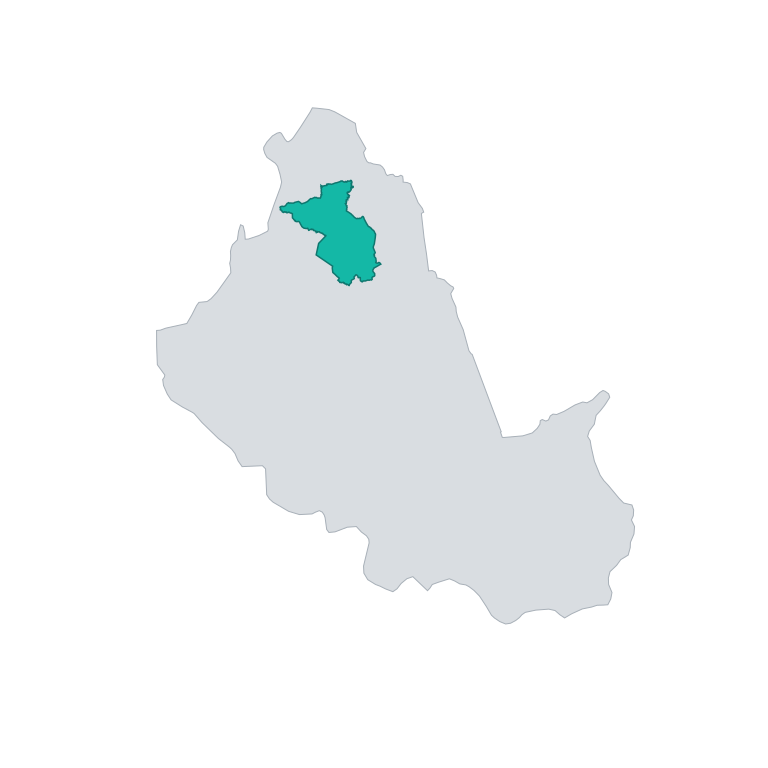 Gourma, Gourma, Burkina Faso (highlighted), rotated 250°
{"feature_id": "67063806B98154706729521", "entity_name": "Gourma", "entity_type": "district", "adm_level": 2, "iso_a3": "BFA", "parent_name": "Burkina Faso", "parent_adm1": "Gourma", "projection": "mercator", "projection_center": [0.724, 12.228], "detail": "fine", "context": "in_parent", "style": "filled", "palette": "teal", "viewbox_px": 768, "rotation_deg": 250, "n_neighbors": 0, "source": "geoboundaries", "source_scale": "gbopen_adm2", "svg_char_len": 9077}
<svg xmlns="http://www.w3.org/2000/svg" viewBox="0 0 768 768"><g transform="rotate(250 384 384)"><path d="M561.1,477.3L542.7,478.1L535.9,480.1L531.9,480.1L531.7,478.4L531.3,477.4L507.9,471.7L491.6,468.4L475.0,464.6L474.1,468.1L471.7,470.4L468.1,470.6L465.6,470.0L463.9,472.7L461.2,476.3L457.4,478.0L453.6,480.2L451.5,482.1L449.9,482.2L446.1,477.6L441.1,477.2L431.7,477.9L427.5,476.7L421.7,476.1L408.0,477.0L386.2,475.2L382.6,476.2L381.7,477.0L360.1,477.2L336.3,477.4L316.4,477.6L299.0,477.8L298.9,477.0L293.4,476.9L292.7,478.5L287.8,496.7L287.3,506.6L289.9,512.8L292.8,516.7L296.1,518.3L296.5,520.5L293.8,523.4L294.0,526.3L297.1,529.3L297.9,532.5L296.3,535.8L296.7,543.8L299.0,556.4L299.1,564.6L296.9,568.3L297.9,574.7L302.2,583.8L303.0,587.6L301.4,589.4L297.9,591.7L294.3,591.6L290.1,586.2L288.3,583.7L284.9,578.2L282.0,572.6L278.1,570.2L274.3,567.9L269.6,560.8L265.1,557.4L260.4,558.4L253.4,557.1L239.4,555.3L224.4,555.9L218.1,557.5L212.0,560.1L196.4,565.7L190.2,568.5L185.5,575.6L180.2,575.5L174.9,573.2L171.6,570.0L164.4,570.7L157.6,567.6L150.9,561.4L146.0,559.4L139.7,554.9L138.0,546.4L134.0,540.5L130.4,532.2L125.0,528.5L118.8,526.5L110.1,526.9L104.5,523.6L100.0,518.8L101.2,514.6L103.2,508.6L103.4,502.8L104.8,493.5L103.9,481.9L102.4,473.7L107.1,470.3L112.6,467.3L116.1,461.8L119.6,449.3L121.1,438.6L120.0,434.6L118.2,431.4L116.7,426.8L115.9,421.1L116.9,416.2L121.1,411.6L126.3,407.8L130.0,405.9L139.8,404.1L152.1,401.2L159.2,398.0L164.3,394.7L167.2,392.2L170.2,386.9L174.9,382.9L178.6,378.8L179.1,367.3L179.1,360.8L176.4,357.2L174.9,354.2L193.1,345.2L193.2,338.9L190.7,331.9L187.1,326.2L185.8,321.3L190.8,315.5L195.3,311.2L198.5,307.5L205.7,301.8L213.1,300.4L219.9,302.5L239.8,315.7L243.3,316.6L247.4,315.6L252.7,312.1L259.5,309.3L262.0,300.5L261.8,287.4L263.3,281.5L266.9,280.4L278.4,282.9L281.3,283.0L284.7,282.2L287.1,279.9L287.0,275.7L286.5,272.0L290.2,259.9L297.0,250.8L310.8,239.4L315.1,237.1L320.1,235.9L344.8,243.7L348.8,241.8L354.9,222.4L361.6,220.6L369.6,220.2L374.8,218.6L377.5,217.2L389.3,209.8L410.0,199.8L421.2,195.5L423.3,193.9L431.3,186.7L441.9,178.5L448.7,176.9L458.0,176.3L463.9,177.6L465.5,179.9L467.4,181.1L479.6,177.6L497.0,183.2L512.1,188.6L511.1,192.1L511.1,198.2L509.8,207.8L508.3,219.4L514.5,226.9L522.0,234.9L524.0,238.0L522.0,245.9L523.3,250.6L527.3,258.3L534.0,268.1L540.9,278.1L545.6,279.5L550.2,280.3L552.9,282.1L557.0,283.8L561.0,285.0L564.4,287.2L566.7,289.3L569.6,295.5L577.3,299.6L582.7,303.7L580.6,305.7L573.8,304.9L567.5,303.1L566.6,306.1L566.3,317.5L567.4,326.9L568.9,328.2L575.2,330.0L590.4,342.2L604.2,353.9L608.8,356.9L616.5,358.0L625.0,358.5L628.6,357.4L636.9,351.6L641.3,350.9L645.4,351.1L647.6,352.0L651.5,356.8L655.3,364.0L656.3,369.3L656.0,372.2L654.7,373.3L647.9,374.6L645.0,375.7L644.3,377.3L645.3,380.8L646.6,383.2L654.0,393.5L664.7,407.5L668.0,411.1L666.1,415.3L660.7,426.2L656.6,430.8L638.7,446.2L629.8,444.4L611.4,447.5L608.6,444.0L604.3,443.5L598.9,444.1L597.0,445.4L596.4,447.0L594.5,449.1L591.1,455.2L588.4,456.8L585.1,457.7L581.1,457.6L578.7,458.4L578.7,461.4L578.0,464.1L575.3,465.4L574.1,468.3L574.4,471.2L572.8,472.6L569.3,471.8L567.2,471.0L565.3,474.8L562.9,477.3L561.1,477.3Z" fill="#d9dde1" stroke="#a8b0b8" stroke-width="1"/><path d="M488.5,385.0L489.1,385.4L489.6,386.0L490.0,387.1L490.6,388.0L490.9,388.2L491.9,388.4L492.4,388.6L492.7,389.1L492.8,390.0L493.2,392.1L494.8,392.4L496.2,395.0L495.9,395.5L495.5,395.8L494.1,396.3L492.9,396.1L492.5,396.6L492.4,397.6L492.1,398.1L491.4,397.8L491.0,397.8L490.5,397.5L489.2,397.2L489.0,397.4L488.7,397.4L487.5,398.3L487.4,398.5L487.5,398.8L487.6,399.2L487.9,399.4L487.9,399.9L487.2,401.7L487.2,403.5L487.2,404.4L486.6,405.4L486.5,405.9L486.6,406.6L486.5,407.0L486.0,407.8L486.4,408.7L487.9,409.0L488.5,409.7L488.6,410.1L488.5,410.7L488.7,411.9L488.9,412.3L490.9,413.0L493.2,412.2L493.8,412.1L494.4,412.3L495.1,412.7L495.7,413.4L496.1,414.1L496.5,414.3L496.7,416.2L497.5,420.6L497.7,422.0L499.0,421.6L499.8,421.0L500.0,420.6L499.7,419.3L499.8,419.1L500.4,418.2L500.9,417.8L501.3,418.0L501.9,418.6L505.0,419.3L506.9,418.6L507.5,418.6L508.1,419.0L508.5,418.7L508.7,418.8L508.9,419.0L509.1,418.9L509.3,419.1L509.5,419.3L509.4,419.4L509.6,419.8L510.5,420.7L515.3,420.5L516.3,420.7L517.3,421.4L519.1,422.9L520.6,423.7L524.6,425.9L527.4,427.2L528.2,427.3L528.6,427.1L530.5,427.0L531.5,426.8L532.1,426.6L532.5,426.1L533.5,425.5L534.2,425.5L534.9,425.2L535.2,424.7L536.0,424.5L536.7,424.0L537.2,423.3L537.8,423.1L541.4,422.4L546.1,421.8L547.3,421.9L548.3,421.7L548.7,421.4L548.7,420.9L547.9,419.3L547.7,418.5L547.9,417.7L548.2,417.5L548.1,417.0L548.4,416.1L548.7,415.8L548.6,415.1L549.1,414.4L550.6,413.3L552.5,412.4L553.1,412.3L553.7,411.8L555.0,411.3L557.9,409.2L559.1,408.1L559.5,407.9L559.7,408.1L560.3,408.2L560.6,408.7L561.3,408.7L561.7,408.9L562.1,409.4L562.3,409.4L562.6,409.7L563.0,409.6L563.4,409.8L563.7,409.6L564.1,410.1L565.5,409.4L566.1,409.7L566.3,410.0L566.7,409.6L566.9,410.3L567.1,410.5L567.5,410.6L568.0,411.2L568.7,410.8L569.0,411.1L569.4,411.3L569.4,411.6L569.8,411.5L570.0,411.6L570.0,411.8L569.9,412.2L570.0,412.5L569.9,412.8L570.2,412.8L570.3,412.9L570.1,413.0L570.4,413.1L570.4,413.3L571.3,413.4L571.1,413.6L571.5,414.0L571.2,414.1L571.4,414.4L571.2,414.7L571.4,414.9L571.8,415.1L572.0,414.8L572.3,415.2L572.4,414.9L572.5,414.9L572.7,415.2L572.5,415.4L573.1,415.6L573.2,415.8L573.8,415.3L574.1,415.3L574.1,415.1L574.4,415.0L574.4,414.8L574.8,414.9L575.5,414.6L575.9,414.8L576.5,414.9L576.7,415.3L576.7,415.7L576.5,415.9L576.5,416.3L576.7,416.6L576.5,417.0L576.3,416.9L576.3,417.2L576.6,417.6L576.8,418.2L577.2,418.5L577.7,419.5L578.0,419.7L579.7,419.9L580.1,420.3L579.2,421.1L579.2,421.5L579.3,421.6L579.3,422.1L579.4,422.3L580.2,422.6L580.4,422.3L580.2,421.6L580.6,421.1L580.8,421.0L581.4,421.1L581.7,421.4L582.0,421.3L582.3,421.7L582.8,421.5L583.2,421.7L583.4,421.9L583.5,421.8L583.6,422.0L583.6,421.9L584.0,422.1L583.9,422.5L584.8,423.0L585.7,422.7L586.3,422.9L586.6,422.5L586.6,422.4L586.3,422.1L586.6,421.9L586.4,421.6L586.4,421.1L586.5,420.5L587.2,419.4L586.9,419.2L586.9,418.8L586.6,418.4L586.5,418.0L586.8,417.7L587.1,417.8L587.5,417.1L587.4,416.9L587.4,416.7L587.1,416.5L587.2,415.9L587.8,415.1L588.0,415.0L588.3,414.7L588.9,414.4L588.9,414.1L589.1,414.0L589.3,413.6L589.2,413.2L589.5,412.6L589.3,412.1L589.1,411.8L589.2,411.4L589.3,408.4L589.6,406.9L589.5,404.7L589.6,402.8L590.5,401.6L590.6,400.6L591.1,400.1L590.8,399.3L591.0,399.1L591.3,399.0L591.3,398.6L591.1,398.6L590.6,398.0L590.2,398.0L590.8,395.4L590.6,395.1L590.8,394.4L591.6,393.0L592.1,392.7L591.7,392.6L591.5,392.8L591.1,392.7L590.3,393.0L590.3,392.7L590.8,392.5L590.8,392.2L589.9,392.4L589.7,391.9L589.2,391.8L588.9,392.0L588.4,391.9L587.7,391.3L586.8,391.2L586.4,390.9L585.8,390.7L585.2,390.9L584.5,390.4L583.6,390.3L583.4,390.1L583.4,389.9L583.2,390.0L583.2,389.8L582.9,389.5L582.3,389.3L582.2,389.0L581.7,388.8L580.8,388.1L580.7,387.8L580.5,387.7L581.2,386.0L581.2,385.4L581.6,384.9L582.3,384.5L582.6,383.4L583.1,382.9L582.8,379.5L583.3,378.4L582.0,375.2L581.6,374.7L581.6,373.9L581.4,373.2L581.5,372.7L581.3,372.2L581.5,368.3L583.5,367.1L584.8,366.1L585.2,362.0L584.9,361.1L585.0,360.5L586.3,357.4L586.2,357.0L587.1,356.3L587.1,356.1L586.8,355.8L586.8,354.7L585.3,352.5L585.0,351.2L585.2,350.1L585.8,349.3L585.7,348.6L586.0,348.4L586.0,348.2L586.0,347.6L585.9,347.0L585.3,346.6L584.3,346.8L583.9,346.7L583.4,346.2L583.1,346.2L583.0,346.6L582.6,346.7L582.1,347.1L581.8,347.0L581.5,347.3L580.7,347.3L580.4,347.8L579.9,347.8L579.7,348.0L579.5,348.4L579.9,349.5L579.7,349.7L579.4,349.8L579.2,350.1L579.1,350.5L579.3,350.4L579.3,350.6L578.9,351.2L578.7,351.1L578.4,351.0L578.1,351.3L577.9,352.6L578.1,353.0L578.0,353.5L576.7,354.4L576.3,355.3L575.5,356.0L575.0,355.9L575.0,356.0L571.4,354.8L570.1,355.4L569.7,355.4L569.3,355.6L568.1,356.4L567.9,356.0L567.0,356.6L566.3,357.7L566.0,359.3L565.5,359.8L564.0,360.1L562.9,360.2L559.9,360.7L559.2,361.1L558.0,361.9L557.6,362.4L557.4,362.9L556.8,363.8L556.5,364.6L556.5,365.4L556.4,365.6L554.2,365.8L554.1,366.1L554.4,367.3L554.3,369.1L554.1,369.3L553.8,369.2L553.8,369.7L553.5,370.3L553.1,370.4L552.9,370.2L552.4,370.2L552.3,370.3L552.1,371.2L551.7,371.6L550.8,371.7L550.5,371.7L550.6,372.5L550.0,372.6L550.1,373.5L549.9,373.7L549.7,373.7L549.4,373.3L549.4,374.4L549.4,374.7L549.3,374.8L549.3,375.3L549.0,375.5L548.6,375.5L548.0,375.8L547.3,376.8L547.2,377.1L546.9,377.1L546.7,377.3L546.5,377.9L546.1,378.0L545.3,378.1L545.1,378.5L544.4,379.0L543.5,379.3L543.8,379.7L543.5,380.1L543.1,380.0L538.5,370.7L528.5,364.4L512.3,376.0L511.2,375.3L510.5,375.0L506.6,374.1L506.1,374.1L505.6,374.6L505.0,374.7L504.3,375.2L500.7,376.9L499.3,377.9L498.7,378.1L498.2,377.5L497.7,377.1L497.5,376.5L497.0,376.6L497.0,376.3L496.3,376.6L496.3,376.8L496.1,376.9L495.7,377.2L494.6,377.2L494.3,378.1L494.1,378.1L494.0,378.4L493.6,378.9L493.5,380.5L492.9,380.6L492.7,380.7L492.6,381.1L492.3,380.9L492.0,381.1L491.8,381.5L491.5,381.6L491.4,381.8L491.1,382.1L491.0,382.6L490.7,382.8L490.5,382.6L490.2,382.8L490.3,383.1L490.1,383.1L490.2,383.5L489.6,384.1L489.4,384.4L488.7,384.6L488.5,385.0Z" fill="#14b8a6" stroke="#0f766e" stroke-width="1.5"/></g></svg>